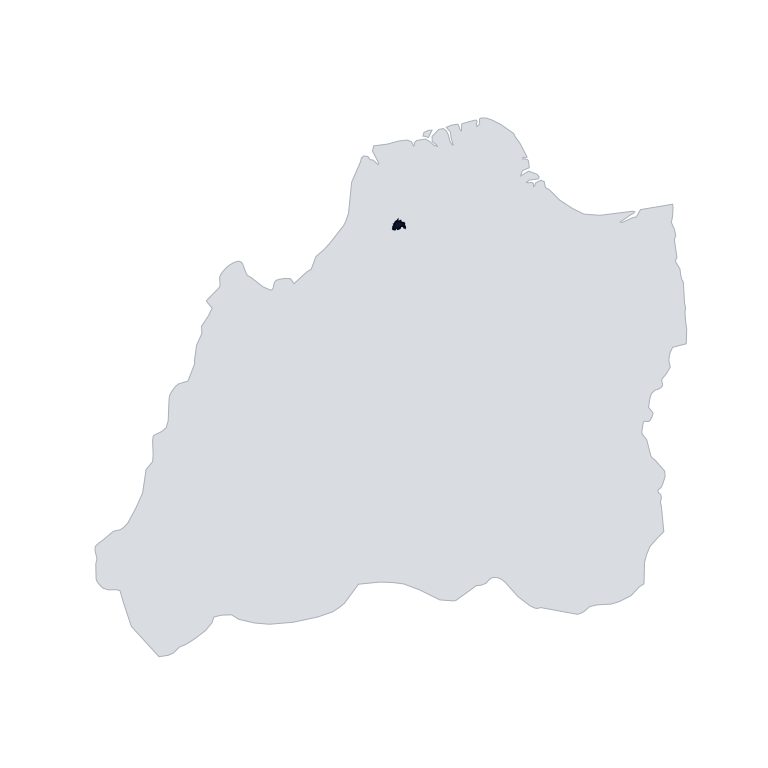 Ezza South, Ebonyi, Nigeria shown in context, rotated 173°
{"feature_id": "59680162B18578493945657", "entity_name": "Ezza South", "entity_type": "district", "adm_level": 2, "iso_a3": "NGA", "parent_name": "Nigeria", "parent_adm1": "Ebonyi", "projection": "mercator", "projection_center": [7.982, 6.114], "detail": "fine", "context": "in_parent", "style": "filled", "palette": "ink", "viewbox_px": 768, "rotation_deg": 173, "n_neighbors": 0, "source": "geoboundaries", "source_scale": "gbopen_adm2", "svg_char_len": 5921}
<svg xmlns="http://www.w3.org/2000/svg" viewBox="0 0 768 768"><g transform="rotate(173 384 384)"><path d="M640.6,140.8L664.3,174.2L669.3,198.9L671.2,211.1L675.1,212.5L682.5,213.2L687.9,215.6L691.1,219.7L693.1,223.5L693.5,225.7L692.0,240.5L690.1,245.8L691.1,253.1L690.8,256.2L690.0,258.3L686.7,260.8L682.2,263.2L671.5,270.2L668.4,271.2L663.9,271.4L660.0,273.2L655.4,277.0L645.4,291.1L636.9,305.2L630.6,328.0L623.1,335.2L621.8,341.5L620.6,355.7L619.5,360.0L618.2,361.3L610.2,364.0L605.5,367.2L602.7,373.7L599.1,395.6L597.9,399.2L595.2,403.0L591.1,407.1L587.5,409.3L578.2,410.8L569.4,427.3L569.3,430.1L565.4,445.1L558.6,456.3L558.1,463.5L549.7,473.4L545.3,480.1L549.8,487.1L550.1,488.3L535.5,500.1L534.7,501.9L534.1,510.1L532.9,512.3L530.2,515.3L526.3,518.7L522.3,521.2L517.8,523.0L513.4,523.7L511.0,522.6L509.6,520.1L507.2,510.1L505.9,508.0L503.1,506.0L491.9,494.9L485.1,491.0L483.6,491.3L482.5,492.4L480.5,498.0L478.6,500.0L475.1,500.7L468.8,500.8L464.3,500.0L463.3,498.9L461.1,494.5L447.1,504.6L442.2,506.9L436.0,518.8L427.2,524.7L421.2,529.8L404.9,546.0L401.7,550.8L398.4,557.9L391.5,588.3L380.3,607.3L378.8,611.3L378.2,611.2L376.7,612.9L372.3,611.8L370.4,608.3L367.7,607.7L363.1,602.5L362.1,603.4L367.0,616.5L365.2,621.6L351.4,621.7L339.6,623.4L331.5,623.3L327.4,621.4L325.6,616.5L324.9,617.0L324.5,619.7L322.0,621.7L312.9,622.1L308.8,618.8L305.6,615.0L302.1,613.3L302.6,614.9L306.6,618.6L306.1,623.8L298.8,629.9L294.1,630.3L291.3,627.7L289.8,623.4L289.0,617.0L287.1,612.9L286.1,612.9L287.4,619.8L287.4,626.2L290.9,631.2L285.5,632.7L279.1,632.9L278.3,631.0L277.5,626.9L276.4,625.8L275.0,632.8L261.8,634.8L260.0,634.5L259.6,633.2L260.6,631.3L260.3,628.1L257.4,630.5L256.9,635.4L255.3,636.2L250.3,635.5L244.8,633.0L235.9,626.9L224.9,616.9L223.2,612.5L220.0,607.0L214.3,591.9L215.4,591.2L217.9,592.0L219.1,590.6L214.6,589.5L213.6,588.4L213.3,585.1L213.5,581.0L220.4,578.9L222.0,576.4L222.9,573.9L214.5,577.7L206.5,573.4L204.8,570.8L205.6,568.8L214.9,568.7L218.1,566.7L216.1,566.1L212.6,566.1L211.3,564.8L211.4,561.7L210.3,562.4L208.8,565.2L203.4,567.2L200.3,565.2L200.0,560.7L199.3,558.6L196.6,557.1L187.2,545.1L175.5,535.2L165.0,528.3L149.1,525.1L116.0,525.2L114.1,524.2L116.2,522.7L119.1,521.6L129.7,516.1L127.9,515.3L116.9,518.8L113.1,519.1L108.2,525.8L75.6,527.3L75.6,524.2L77.1,515.4L79.1,509.4L76.9,502.0L76.3,495.4L77.7,493.3L78.2,490.8L77.8,473.7L79.6,471.2L79.6,469.4L76.2,462.1L76.3,456.5L75.6,451.1L74.5,448.7L75.8,427.8L75.4,422.6L76.5,418.9L77.0,409.9L76.9,401.0L79.1,387.1L93.1,385.2L96.5,379.7L98.5,372.8L97.8,365.9L102.4,359.9L107.9,354.6L107.6,348.7L109.2,346.9L111.8,345.6L115.5,344.9L119.7,342.0L122.0,336.8L124.3,328.6L120.7,322.9L120.7,321.7L122.1,318.6L124.3,315.5L126.0,314.5L130.1,315.3L131.4,314.1L134.0,305.1L133.8,302.6L130.0,296.6L127.9,280.1L126.8,278.0L123.9,275.0L116.1,263.5L116.2,258.0L119.5,250.9L121.6,247.5L124.6,245.7L125.2,244.0L124.3,242.1L122.8,240.6L122.5,237.4L124.0,233.0L123.6,228.2L124.3,203.3L130.7,198.4L139.9,190.3L144.6,181.8L147.1,175.4L150.3,154.0L155.2,151.7L164.5,143.9L177.1,139.3L185.3,137.9L199.7,138.8L207.0,138.0L213.2,133.8L216.0,132.6L220.0,131.8L255.8,143.0L259.1,142.5L261.8,143.3L266.3,146.2L276.9,156.6L288.0,172.6L291.4,176.1L294.9,177.9L298.4,178.6L301.1,178.3L303.6,176.8L307.1,173.8L312.4,172.4L316.7,172.7L339.0,160.4L341.2,160.2L354.9,162.9L373.6,175.2L388.9,183.2L399.6,185.9L412.2,187.9L433.7,188.4L450.0,171.2L456.0,167.4L463.2,164.0L478.3,160.8L503.3,158.6L526.8,159.5L541.4,162.5L556.8,168.1L563.4,173.5L573.9,174.4L581.3,173.4L583.8,168.0L591.3,161.0L602.5,154.4L611.7,149.9L619.2,147.8L625.9,142.6L631.3,141.0L640.6,140.8ZM313.7,628.8L308.7,630.4L305.4,630.0L309.9,623.2L312.2,624.6L315.1,625.3L313.7,628.8Z" fill="#d9dde1" stroke="#a8b0b8" stroke-width="1"/><path d="M351.7,535.9L351.4,535.9L351.4,536.0L351.4,536.3L350.9,536.4L350.2,536.4L350.1,536.2L349.9,536.2L349.5,536.5L349.4,536.6L349.2,536.7L349.0,536.8L348.9,537.0L349.0,537.0L348.9,537.0L348.9,537.3L349.1,537.3L349.1,537.7L348.5,537.9L348.3,538.1L348.1,538.3L347.9,538.4L347.9,538.5L347.7,538.5L347.4,538.4L347.2,538.3L346.7,538.4L346.3,538.4L346.2,538.5L345.9,538.5L345.6,538.0L345.2,537.1L345.1,536.9L344.9,536.9L344.7,536.9L344.7,536.6L344.8,536.5L344.8,536.4L344.7,536.4L344.6,536.5L344.4,536.6L344.2,536.4L344.2,536.5L344.2,536.8L343.9,536.9L343.9,537.0L343.7,537.1L343.9,537.8L344.0,537.7L344.1,537.8L344.1,538.0L344.1,538.3L344.2,538.5L344.6,538.4L344.7,538.5L344.5,538.8L344.4,539.1L344.4,539.3L344.4,539.5L344.5,539.5L344.6,539.9L344.4,539.9L344.4,540.1L344.2,540.3L344.1,540.5L344.3,540.7L344.4,540.8L344.6,540.8L344.8,540.8L344.9,541.1L344.9,541.3L344.5,541.3L344.5,541.5L344.6,541.8L344.8,541.8L345.0,541.8L345.3,541.8L345.5,541.8L345.8,541.8L346.0,541.9L346.4,541.9L346.4,542.0L346.5,542.0L346.7,542.3L346.8,542.2L347.1,542.4L347.3,542.4L347.5,542.8L347.6,543.0L347.6,543.3L347.6,543.5L347.6,543.8L347.6,544.1L347.8,544.0L348.1,544.0L348.3,544.0L348.6,543.9L348.8,543.9L349.1,543.7L349.4,543.6L349.6,543.5L349.7,543.4L349.9,543.5L350.0,543.4L350.3,543.3L350.5,543.2L350.5,543.5L350.5,543.8L350.4,544.6L350.3,545.3L350.6,545.0L350.8,544.7L351.2,544.4L351.4,544.3L351.6,544.3L351.9,544.2L352.3,544.0L352.6,543.7L352.8,543.6L353.2,543.3L353.2,542.8L353.9,542.3L353.9,542.2L354.0,541.6L354.8,541.5L354.7,541.3L354.6,541.2L354.4,540.9L354.2,540.7L354.4,540.3L354.4,540.2L354.6,540.0L354.8,540.0L354.8,539.9L355.0,539.9L355.2,539.7L355.3,539.5L355.5,539.4L355.8,539.3L355.9,539.1L356.0,538.8L355.9,538.5L355.9,538.4L355.9,538.2L356.0,538.0L356.0,537.9L355.9,537.7L356.0,537.7L356.2,537.4L356.3,537.3L356.4,537.1L356.5,536.9L356.4,536.8L356.2,536.4L355.9,536.4L355.6,536.3L355.4,536.1L355.2,535.9L354.9,535.8L354.5,535.8L354.3,535.8L354.3,536.0L354.1,536.3L353.9,536.3L353.6,537.3L353.4,537.3L353.2,537.3L352.8,537.3L352.4,537.4L352.1,537.6L351.9,537.4L351.8,537.1L351.7,537.0L351.7,536.7L351.7,536.2L351.7,535.9Z" fill="#0f172a" stroke="#020617" stroke-width="1.5"/></g></svg>